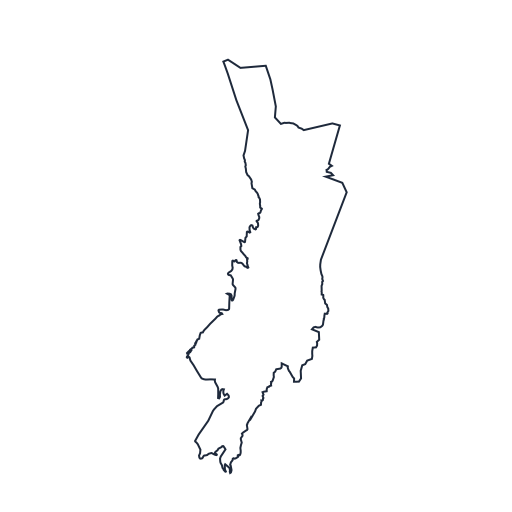 Cuajimalpa de Morelos, Distrito Federal, Mexico, rotated 159°
{"feature_id": "50627088B46057662043676", "entity_name": "Cuajimalpa de Morelos", "entity_type": "district", "adm_level": 2, "iso_a3": "MEX", "parent_name": "Mexico", "parent_adm1": "Distrito Federal", "projection": "orthographic", "projection_center": [-99.285, 19.319], "detail": "fine", "context": "isolated", "style": "outline", "palette": "slate", "viewbox_px": 512, "rotation_deg": 159, "n_neighbors": 0, "source": "geoboundaries", "source_scale": "gbopen_adm2", "svg_char_len": 6049}
<svg xmlns="http://www.w3.org/2000/svg" viewBox="0 0 512 512"><g transform="rotate(159 256 256)"><path d="M216.8,449.2L216.8,445.4L217.0,436.3L218.5,408.5L218.3,376.3L228.6,358.0L231.6,354.4L232.1,351.4L232.0,349.5L232.7,348.1L232.5,346.8L233.0,344.4L233.9,343.4L234.2,341.1L235.1,337.9L234.9,334.5L234.0,333.0L233.1,329.1L233.3,326.7L234.1,325.6L235.1,320.6L233.3,318.4L233.1,316.6L232.3,314.6L232.1,312.8L232.3,311.5L232.1,310.9L232.5,310.0L232.1,309.0L232.0,307.4L232.9,304.7L233.5,303.8L234.0,302.2L234.0,301.7L234.7,299.8L234.6,299.4L233.7,298.3L233.6,297.9L235.0,296.8L236.3,295.1L237.3,294.7L237.9,294.9L238.8,294.7L239.0,293.6L239.0,291.1L239.6,289.9L240.7,288.8L241.1,288.6L242.8,288.6L243.0,288.2L242.4,286.2L242.5,285.5L243.1,283.6L243.9,282.7L244.4,282.5L245.6,282.8L246.3,281.2L246.9,281.0L248.3,282.4L248.4,282.8L248.6,284.1L248.4,285.7L249.1,286.4L249.8,286.5L251.1,285.8L251.8,285.1L252.7,282.5L252.8,280.3L253.5,280.1L254.9,281.7L255.4,281.9L255.9,281.7L257.7,277.6L259.3,276.8L261.1,273.3L261.4,273.0L261.8,273.0L262.5,273.8L264.8,276.6L265.3,276.8L265.7,276.6L265.7,272.5L266.1,270.6L267.3,270.0L268.2,267.6L268.3,266.6L268.2,265.8L267.5,264.1L266.8,261.9L266.0,260.0L265.7,258.2L264.6,256.9L264.8,256.3L265.5,256.2L266.2,253.9L267.0,252.6L267.1,252.1L267.1,251.0L267.3,249.8L267.3,248.0L267.7,247.9L268.0,247.9L268.8,248.8L269.2,249.7L270.3,250.4L270.8,251.6L271.2,253.2L271.8,254.4L272.3,254.9L273.2,255.4L274.5,255.7L275.3,256.2L276.0,257.3L275.7,259.0L275.9,259.3L276.6,259.4L278.0,258.6L278.4,258.8L279.0,259.8L279.3,260.0L279.9,259.8L280.3,258.9L281.6,255.7L282.0,253.4L282.9,251.9L284.5,250.9L287.4,250.3L288.3,249.8L288.6,249.4L288.6,248.6L288.1,247.9L287.1,247.4L286.5,247.0L285.9,243.7L285.8,242.6L286.1,241.8L287.9,238.2L287.9,237.3L286.7,234.2L286.6,233.6L286.9,232.6L289.2,228.9L290.1,226.8L290.7,226.0L293.1,223.3L293.9,222.9L294.4,223.1L294.5,223.8L293.0,227.7L293.1,229.2L294.1,230.2L296.1,231.2L296.5,231.2L295.0,229.4L294.8,228.8L294.9,228.1L297.4,222.6L299.9,216.6L300.2,216.1L301.3,215.7L302.7,215.9L303.7,216.3L305.7,217.7L306.8,218.2L309.7,219.1L310.3,218.9L310.6,218.4L310.6,216.6L310.3,216.0L308.5,214.9L308.3,214.0L310.1,214.2L311.5,213.6L312.4,213.6L313.9,213.3L316.4,212.0L323.0,209.2L327.0,207.1L330.4,205.6L331.9,204.7L333.0,203.7L334.6,204.1L335.3,204.0L336.9,202.1L338.7,199.1L340.6,199.1L340.9,198.9L341.3,198.1L342.5,197.7L342.8,196.5L343.1,196.3L343.8,196.5L344.1,196.3L344.3,194.9L345.8,194.4L346.3,193.1L346.6,192.9L346.9,192.8L347.8,193.2L348.3,193.2L348.9,192.6L350.1,192.4L350.5,192.1L351.2,192.1L351.9,191.3L352.6,191.3L355.2,190.1L355.2,189.9L353.8,190.3L352.4,190.1L351.9,190.3L351.0,190.8L350.7,190.7L351.9,189.8L353.5,189.5L354.7,187.9L356.6,186.7L356.9,186.3L356.8,185.9L356.6,185.6L355.0,185.9L354.5,185.4L354.4,184.6L354.6,183.7L354.7,181.8L353.4,176.4L352.4,170.1L350.9,162.1L350.4,161.0L348.8,159.6L347.1,158.6L342.3,157.0L338.6,155.4L339.1,154.5L339.4,152.8L338.7,147.6L338.8,145.8L340.8,140.5L342.3,137.0L341.4,136.3L340.2,137.3L340.0,137.6L339.5,139.3L337.8,142.4L336.3,143.6L335.2,143.8L333.8,143.0L334.8,141.8L335.5,140.0L335.6,138.8L335.3,136.9L332.4,137.7L331.7,136.0L331.6,135.0L331.9,133.9L332.9,133.2L334.7,132.9L336.5,133.4L337.0,133.4L337.7,132.9L338.5,131.6L339.3,131.0L346.2,129.8L350.2,127.8L351.8,126.7L359.6,119.3L373.5,109.9L379.2,105.1L379.1,104.3L378.5,103.3L377.8,101.2L377.3,95.1L378.9,91.9L380.7,90.1L381.1,88.1L380.9,87.1L380.5,86.7L379.2,86.4L378.5,86.5L376.5,88.1L375.8,88.3L374.5,87.9L372.9,87.7L371.1,88.3L368.8,88.1L368.1,88.0L365.9,85.5L365.1,84.8L364.2,84.3L363.8,84.5L363.8,84.9L365.0,86.7L364.8,87.1L364.0,87.7L361.6,88.4L360.1,89.6L356.5,90.0L355.6,90.6L354.6,90.2L354.0,87.7L353.8,86.4L360.8,81.4L362.2,79.7L363.1,76.6L363.2,75.5L362.8,72.8L363.2,70.2L362.8,69.1L362.8,67.8L361.9,65.6L361.4,65.6L361.5,67.9L360.1,72.0L359.4,72.6L356.8,67.9L356.8,66.7L357.3,64.7L357.8,64.0L357.9,62.7L357.0,62.9L355.8,64.5L355.5,65.2L354.7,69.6L355.0,70.3L353.3,72.4L351.1,73.7L350.3,75.1L349.4,75.2L348.5,74.4L347.2,74.4L344.8,74.9L344.4,75.3L344.6,76.1L344.4,76.5L343.3,76.5L342.6,75.9L342.3,76.0L341.7,76.6L340.9,77.7L340.1,79.6L339.4,82.4L337.7,85.0L336.2,86.9L335.9,90.1L335.5,91.3L333.0,93.0L332.7,93.8L332.8,95.2L331.4,95.8L328.0,96.6L326.7,96.8L326.0,97.4L325.1,101.5L324.3,102.2L324.1,102.7L319.0,106.8L319.1,106.0L312.6,111.2L310.7,113.4L307.0,115.2L304.7,115.3L303.7,117.5L302.7,118.5L302.7,119.2L301.8,118.9L301.3,119.0L301.1,119.2L300.5,120.5L300.1,120.6L299.9,121.0L300.0,123.0L298.7,123.8L298.7,126.5L297.2,126.5L294.5,125.9L293.7,127.9L292.4,129.4L290.5,129.3L290.2,129.7L288.3,129.6L287.9,131.2L287.3,131.9L287.1,133.1L286.1,133.1L285.2,133.6L282.7,136.6L282.3,138.2L281.3,140.6L279.5,141.2L277.7,143.0L273.7,142.2L272.8,142.4L272.3,142.7L271.7,143.4L270.5,146.5L265.8,141.6L266.3,140.7L266.5,139.5L266.4,136.9L266.0,135.9L265.1,129.9L264.3,128.0L265.6,125.0L261.0,123.3L257.8,125.6L255.4,132.8L252.0,137.4L248.8,137.4L245.7,140.0L240.7,139.9L239.2,142.5L238.6,144.5L237.6,147.1L235.8,150.1L232.7,149.2L231.1,150.5L230.2,152.5L230.0,154.0L227.0,155.2L224.6,162.4L230.0,167.5L227.8,168.7L225.8,168.5L224.5,167.4L222.8,166.7L221.4,166.4L219.1,167.1L218.1,167.9L216.2,171.4L215.4,172.3L215.4,172.9L214.8,173.4L214.0,174.6L213.7,175.5L212.5,177.5L210.3,176.5L209.8,176.7L209.7,177.6L208.1,178.8L207.4,181.1L207.7,182.7L207.3,185.0L208.4,186.9L207.6,190.5L208.0,191.1L208.2,192.9L207.4,194.7L207.2,195.6L208.5,196.5L207.6,198.7L207.5,199.6L207.1,200.1L205.5,204.6L204.2,206.0L203.5,208.1L202.4,208.7L202.4,210.9L201.8,211.7L201.3,213.2L201.4,215.8L200.8,219.5L200.0,222.8L199.0,225.2L196.7,229.3L148.5,283.0L149.2,293.4L162.5,305.1L155.1,303.8L156.3,306.8L159.8,309.2L159.3,311.1L158.4,311.1L157.4,311.4L155.1,312.8L152.9,313.0L154.9,316.0L130.9,347.8L137.2,352.4L166.3,356.4L167.7,358.5L170.3,360.7L170.6,362.3L171.3,363.5L173.7,366.4L176.3,367.8L177.2,368.5L180.4,369.5L181.7,370.2L185.4,370.4L188.7,378.6L183.9,388.5L180.9,405.3L179.3,415.7L178.7,430.1L203.1,437.2L211.8,449.3L216.8,449.2Z" fill="none" stroke="#1e293b" stroke-width="2"/></g></svg>